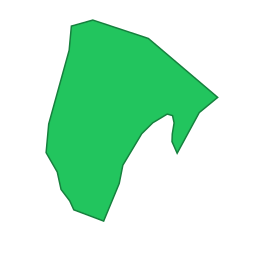 map outline of Miren-Kostanjevica (Natural Earth projection), rotated 104°
{"feature_id": "SVN-1032", "entity_name": "Miren-Kostanjevica", "entity_type": "Municipality", "adm_level": 1, "iso_a3": "SVN", "parent_name": "Slovenia", "parent_adm1": "", "projection": "natural_earth1", "projection_center": [13.637, 45.866], "detail": "fine", "context": "isolated", "style": "filled", "palette": "green", "viewbox_px": 256, "rotation_deg": 104, "n_neighbors": 0, "source": "natural_earth", "source_scale": "10m", "svg_char_len": 444}
<svg xmlns="http://www.w3.org/2000/svg" viewBox="0 0 256 256"><g transform="rotate(104 128 128)"><path d="M42.8,207.6L31.8,188.3L36.2,129.9L76.6,48.4L95.8,62.6L140.6,74.2L130.6,82.0L123.1,83.6L111.9,84.5L105.2,87.8L105.0,93.3L116.9,105.2L130.2,113.3L165.3,124.0L184.0,123.1L224.2,129.1L220.5,160.8L212.8,166.9L203.8,178.1L187.8,186.0L171.7,201.5L143.3,205.9L66.8,203.9L42.8,207.6Z" fill="#22c55e" stroke="#15803d" stroke-width="1.5"/></g></svg>